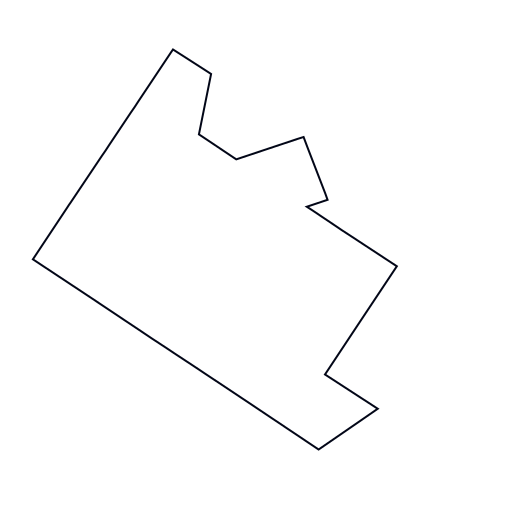 the district of O'Higgins, Chaco, Argentina, rotated 123°
{"feature_id": "61730980B80807938720133", "entity_name": "O'Higgins", "entity_type": "district", "adm_level": 2, "iso_a3": "ARG", "parent_name": "Argentina", "parent_adm1": "Chaco", "projection": "robinson", "projection_center": [-60.713, -27.221], "detail": "fine", "context": "isolated", "style": "outline", "palette": "ink", "viewbox_px": 512, "rotation_deg": 123, "n_neighbors": 0, "source": "geoboundaries", "source_scale": "gbopen_adm2", "svg_char_len": 760}
<svg xmlns="http://www.w3.org/2000/svg" viewBox="0 0 512 512"><g transform="rotate(123 256 256)"><path d="M384.2,98.1L334.1,77.4L327.3,74.6L321.2,72.1L317.8,70.7L317.8,133.6L253.2,133.0L252.8,133.0L187.9,132.3L187.7,169.6L187.6,190.8L187.6,198.2L187.5,202.0L187.2,221.6L187.0,234.0L187.0,240.2L169.9,226.6L165.8,232.0L138.3,270.0L137.0,271.8L130.3,280.9L135.5,285.2L185.7,325.2L185.1,367.1L185.1,370.1L127.8,392.8L127.8,397.8L128.0,438.1L131.7,438.2L190.3,438.9L196.9,438.9L203.6,439.1L243.0,439.6L249.5,439.6L256.1,439.8L312.7,440.6L314.8,440.7L318.4,440.7L380.3,441.3L380.9,372.7L381.8,303.8L381.9,297.9L382.0,277.6L382.1,271.9L382.3,242.3L382.4,236.2L382.9,191.0L383.1,174.8L383.2,168.0L384.2,98.1Z" fill="none" stroke="#020617" stroke-width="2"/></g></svg>